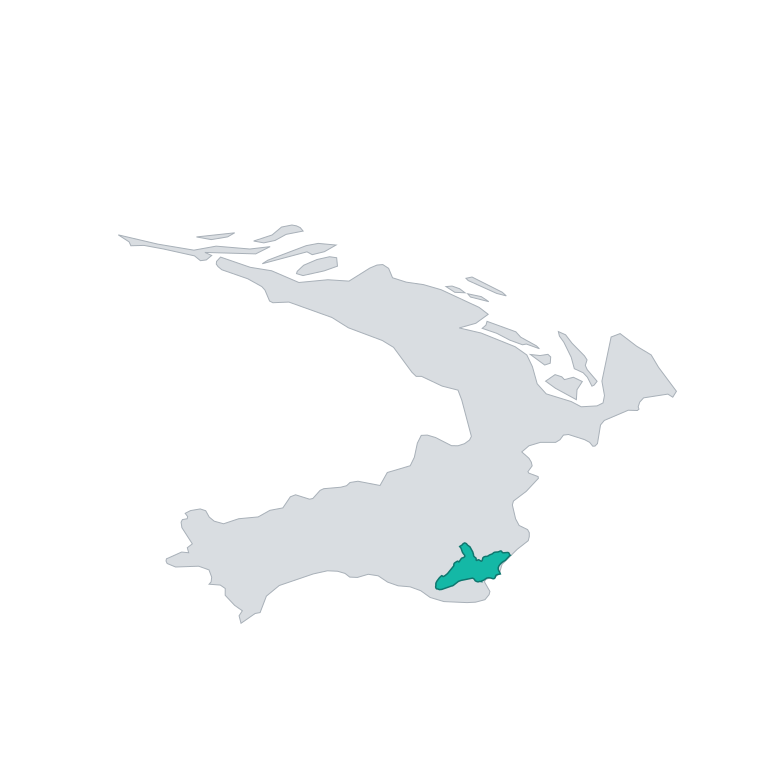 location of Varaždinska within Croatia, rotated 158°
{"feature_id": "HRV-1610", "entity_name": "Varaždinska", "entity_type": "County", "adm_level": 1, "iso_a3": "HRV", "parent_name": "Croatia", "parent_adm1": "", "projection": "natural_earth1", "projection_center": [16.282, 46.204], "detail": "medium", "context": "in_parent", "style": "filled", "palette": "teal", "viewbox_px": 768, "rotation_deg": 158, "n_neighbors": 0, "source": "natural_earth", "source_scale": "10m", "svg_char_len": 5633}
<svg xmlns="http://www.w3.org/2000/svg" viewBox="0 0 768 768"><g transform="rotate(158 384 384)"><path d="M121.2,263.6L124.6,268.3L148.5,273.9L153.7,271.4L156.9,267.6L157.0,265.2L159.0,264.5L167.4,268.2L193.4,267.7L198.6,264.9L208.4,248.8L211.6,247.4L213.7,248.1L215.2,252.9L218.9,257.3L231.9,268.1L236.8,269.4L241.7,266.4L246.7,265.6L260.8,271.3L272.8,272.4L281.7,269.4L277.4,260.8L276.7,256.4L277.3,252.6L283.4,248.8L283.1,247.1L275.8,240.4L276.2,238.7L292.3,231.2L307.8,227.0L310.3,223.8L312.5,209.7L311.7,202.2L305.4,195.2L305.0,191.7L306.5,188.0L309.0,184.7L322.5,180.8L342.1,172.6L348.1,165.0L351.7,163.7L362.7,164.8L365.0,163.0L363.5,152.0L365.5,149.3L371.2,146.2L380.8,147.4L388.9,150.2L409.9,159.8L421.1,168.7L427.4,178.6L435.8,186.2L446.5,191.6L454.9,199.0L461.2,208.3L469.9,213.5L481.1,214.6L488.1,217.8L491.1,223.0L497.2,227.8L506.4,232.0L520.7,234.4L556.6,236.4L572.5,231.4L584.5,218.5L589.5,219.5L606.2,215.7L605.2,223.4L600.3,226.8L605.4,234.7L610.4,247.6L607.8,253.9L611.1,258.9L621.2,263.9L618.4,265.3L616.1,269.5L615.9,277.2L624.1,284.5L645.8,292.4L652.3,298.8L652.4,301.6L651.2,303.4L634.6,304.0L628.3,300.7L627.7,305.9L621.6,307.6L625.2,326.5L623.9,331.9L621.7,333.8L617.0,332.8L615.7,334.6L616.8,338.6L610.8,339.1L601.2,337.0L596.8,333.3L595.9,326.1L592.8,320.4L585.1,314.5L569.2,313.5L550.5,307.9L537.1,309.6L524.2,307.0L513.1,314.5L507.5,314.4L496.2,305.1L492.9,304.5L483.1,309.3L479.1,309.5L462.8,304.5L456.8,303.7L452.4,305.4L444.6,303.6L425.7,291.4L414.1,300.7L390.3,298.4L383.3,304.7L375.2,316.7L368.7,322.4L363.0,320.4L356.3,315.1L344.5,301.5L338.5,299.0L331.7,298.5L325.7,300.0L322.6,302.7L317.9,340.1L317.7,350.6L330.9,360.3L346.3,377.0L351.3,379.0L353.7,384.4L361.4,414.4L369.3,425.0L396.0,449.5L407.3,465.1L441.5,495.6L456.6,501.0L459.0,503.8L459.2,515.7L460.8,520.1L470.9,532.6L491.6,550.7L493.9,555.0L494.6,558.0L493.3,560.4L488.0,562.9L464.3,542.3L445.8,531.1L424.9,510.0L397.0,501.7L377.9,492.5L353.7,496.8L345.9,496.9L340.4,495.2L336.4,489.5L336.3,479.3L325.2,470.1L310.1,461.3L295.7,450.0L267.1,419.4L261.3,409.6L276.1,405.9L293.3,407.8L274.9,394.9L248.5,369.5L240.7,357.4L239.9,344.5L241.9,326.8L237.3,314.1L217.0,297.6L209.7,289.0L194.7,283.9L188.0,284.4L183.9,290.7L180.9,305.0L155.8,342.5L146.2,342.3L135.6,324.4L125.4,310.9L123.2,296.7L115.6,267.7L121.2,263.6ZM566.9,607.0L567.1,611.3L574.5,621.8L541.3,598.4L510.1,579.3L488.0,574.7L457.8,559.4L438.1,554.0L454.2,552.7L500.8,573.1L495.6,567.7L502.3,565.6L508.0,567.1L511.7,573.8L537.9,591.8L554.6,602.4L566.9,607.0ZM203.4,362.8L202.7,367.3L197.2,361.6L194.4,351.4L187.6,335.0L186.7,330.3L190.4,325.8L190.2,321.1L185.4,306.7L189.5,304.3L192.0,304.1L192.9,314.1L195.1,319.8L201.8,326.9L200.4,338.6L201.6,355.3L203.4,362.8ZM233.1,326.1L221.9,328.6L216.5,324.1L215.1,320.5L205.9,319.3L199.2,312.0L207.2,306.4L211.5,297.4L226.7,315.9L233.1,326.1ZM414.0,524.2L399.5,524.5L386.8,522.4L380.6,518.8L383.0,510.7L397.1,511.3L418.5,514.9L423.8,519.1L422.2,521.0L414.0,524.2ZM451.8,541.1L445.3,542.3L404.3,541.4L392.3,539.0L376.4,530.8L389.7,529.0L402.1,530.8L405.9,535.4L451.8,541.1ZM267.4,400.4L265.0,403.5L242.2,383.0L239.7,376.2L228.4,362.3L226.7,358.5L237.0,367.7L240.9,368.5L250.8,377.4L260.5,388.8L272.1,398.8L267.4,400.4ZM401.7,556.1L418.7,559.4L431.2,557.9L442.6,559.9L451.3,565.4L431.9,564.1L420.2,567.9L409.8,565.9L405.9,563.4L403.1,560.4L401.7,556.1ZM267.2,448.4L268.4,451.3L262.3,450.2L240.0,424.8L237.6,419.9L245.6,425.8L267.2,448.4ZM227.9,341.4L237.2,356.5L228.6,351.9L220.9,350.1L219.3,346.6L222.1,341.0L227.9,341.4ZM490.1,582.6L502.8,590.6L465.8,580.1L473.9,579.0L490.1,582.6ZM284.0,442.5L290.0,451.1L284.2,449.3L278.2,444.0L274.7,438.2L284.0,442.5ZM271.2,432.2L272.6,436.3L261.1,428.6L256.0,421.1L271.2,432.2Z" fill="#d9dde1" stroke="#a8b0b8" stroke-width="1"/><path d="M347.3,164.3L350.6,164.9L351.7,164.7L352.5,164.1L353.2,163.2L354.0,162.5L355.1,162.3L356.0,162.7L358.2,164.5L359.5,165.2L361.0,165.5L361.8,165.5L365.0,164.8L367.1,164.8L367.5,164.4L367.5,164.2L369.1,165.1L370.9,165.3L371.5,165.7L372.0,166.1L373.0,167.2L373.2,167.6L373.3,168.7L373.5,169.3L374.0,170.2L374.6,170.8L374.8,170.9L386.0,173.0L388.9,173.1L395.2,171.3L396.1,171.2L397.0,171.4L407.4,171.9L409.7,172.6L410.9,173.8L412.0,174.4L412.1,174.7L412.3,175.6L412.2,176.2L412.0,176.8L411.3,177.9L410.8,179.3L410.0,180.4L408.5,181.6L405.2,183.6L403.5,184.3L402.3,184.7L402.0,184.5L401.7,183.7L401.4,183.4L401.0,183.3L399.5,183.4L396.2,184.4L387.5,189.2L387.2,189.6L386.9,190.4L386.6,190.9L386.1,191.4L385.0,191.8L382.6,192.2L382.2,192.2L381.9,192.0L381.7,191.8L381.5,191.2L381.4,191.1L381.2,191.0L380.9,191.1L377.7,193.2L377.2,193.4L376.8,193.4L375.5,193.3L375.2,193.3L373.8,193.7L373.5,194.3L373.4,195.1L374.1,197.4L374.3,198.8L374.1,202.9L374.7,205.0L371.9,205.5L370.4,206.3L369.3,206.4L368.7,206.4L367.9,205.7L367.6,205.3L367.3,204.8L366.9,203.3L365.3,200.8L364.6,194.8L364.8,193.9L364.8,192.9L365.2,191.3L365.2,190.7L365.1,190.3L364.5,189.1L364.0,188.3L364.0,187.6L364.5,186.2L364.3,185.8L364.0,185.6L362.9,185.7L362.2,185.6L361.7,185.2L360.8,183.9L360.3,183.3L359.7,183.3L359.1,183.6L358.7,184.1L357.9,185.2L357.5,185.7L356.9,186.0L356.4,186.2L354.7,186.2L353.4,185.7L352.6,185.6L351.9,185.6L350.6,185.9L349.2,186.0L347.9,185.9L347.3,186.0L346.7,186.1L345.6,186.5L344.8,186.6L343.8,186.4L341.3,185.6L340.5,185.5L339.3,185.6L338.4,185.5L338.0,185.3L337.7,184.9L337.4,183.5L337.0,183.0L336.4,182.7L332.5,181.5L331.8,181.0L331.5,180.3L331.5,179.4L331.3,178.4L331.1,177.9L331.5,177.9L337.4,175.1L340.4,174.6L341.9,174.2L343.8,173.4L345.6,172.3L346.8,171.1L347.5,169.5L347.5,168.0L347.3,166.4L347.3,164.3Z" fill="#14b8a6" stroke="#0f766e" stroke-width="1.5"/></g></svg>